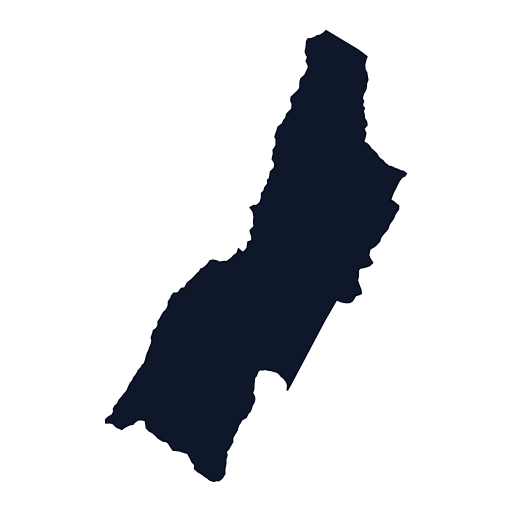 the district of Valparaíso, São Paulo, Brazil
{"feature_id": "56859067B36318680316705", "entity_name": "Valparaíso", "entity_type": "district", "adm_level": 2, "iso_a3": "BRA", "parent_name": "Brazil", "parent_adm1": "São Paulo", "projection": "natural_earth1", "projection_center": [-50.937, -21.188], "detail": "fine", "context": "isolated", "style": "filled", "palette": "ink", "viewbox_px": 512, "rotation_deg": 0, "n_neighbors": 0, "source": "geoboundaries", "source_scale": "gbopen_adm2", "svg_char_len": 4079}
<svg xmlns="http://www.w3.org/2000/svg" viewBox="0 0 512 512"><path d="M219.0,480.6L222.0,478.2L224.8,473.8L224.6,470.1L225.1,467.1L225.8,463.3L225.7,459.3L226.9,455.5L226.2,451.5L228.7,448.9L230.5,445.5L232.6,442.0L232.6,437.8L234.1,435.1L235.4,432.9L237.1,430.3L237.6,427.8L238.5,425.1L240.4,422.5L241.6,420.0L243.6,418.7L246.2,417.4L247.9,413.7L250.5,410.7L252.0,405.8L253.8,402.6L254.6,400.0L254.5,397.0L252.4,392.9L253.6,389.6L253.8,385.9L254.1,381.5L254.5,377.7L256.3,375.7L258.0,370.9L260.2,369.6L262.8,369.8L265.7,369.3L268.2,370.1L271.4,370.5L274.5,371.5L276.7,371.9L279.0,373.5L281.1,376.1L283.8,378.2L286.8,382.1L287.7,385.6L287.2,390.5L290.2,385.3L324.4,320.8L336.6,299.7L341.3,301.7L344.6,302.4L347.3,302.6L349.6,302.4L352.0,301.2L353.9,298.5L355.6,295.5L358.1,294.9L361.3,293.6L360.7,289.4L359.6,286.8L358.5,283.9L357.3,280.4L358.1,277.4L358.3,274.1L358.3,270.0L360.3,268.0L363.7,267.4L366.4,266.7L369.3,265.7L372.6,262.8L369.8,258.3L368.6,255.3L369.1,252.5L369.9,249.1L373.9,246.7L375.9,245.2L377.8,243.1L379.5,241.4L380.8,237.0L383.4,233.8L387.7,228.9L389.2,224.4L390.6,222.3L392.5,219.7L393.9,217.3L394.8,214.6L396.5,211.9L398.4,209.4L398.6,205.8L395.3,203.3L393.2,201.4L390.5,200.2L392.1,195.2L393.5,192.0L399.1,181.0L401.9,177.3L404.9,175.8L406.3,173.6L403.7,171.5L400.4,170.8L398.3,169.7L395.1,168.6L391.7,166.8L388.8,166.4L386.6,164.5L384.7,163.1L382.8,160.6L380.6,159.3L378.3,157.0L376.5,153.7L373.9,151.2L371.1,148.9L368.9,145.6L366.5,143.4L363.7,142.3L364.1,139.6L365.0,137.2L365.8,133.4L363.9,128.9L365.4,126.9L367.0,125.0L366.4,121.4L364.4,118.6L364.0,114.3L363.2,111.1L364.4,108.1L362.6,106.4L362.6,103.6L363.6,101.3L362.0,98.1L363.7,93.0L365.6,89.8L366.3,86.4L366.4,83.3L367.8,79.9L367.1,75.8L366.6,72.6L365.1,70.1L364.5,65.2L365.6,60.2L366.9,56.6L358.2,50.1L326.0,30.7L323.7,33.1L320.1,35.3L317.0,35.9L314.3,37.6L311.1,38.8L308.0,38.9L306.6,41.5L306.5,44.7L305.9,48.8L305.3,51.6L306.1,54.3L307.8,57.1L306.2,60.9L307.7,64.1L308.7,66.7L307.5,69.7L304.9,75.2L301.0,78.7L300.1,82.0L299.9,88.4L297.4,91.4L294.8,93.8L291.2,97.2L290.9,100.8L292.3,103.9L291.9,109.0L286.9,113.9L285.8,118.0L283.8,120.5L282.5,123.7L278.1,127.1L277.0,131.0L275.7,134.5L275.0,137.0L276.2,139.2L276.2,145.4L273.1,150.3L273.6,153.4L272.8,156.6L272.3,159.2L274.0,161.7L275.0,164.4L274.2,168.2L270.5,171.7L270.0,175.5L269.4,178.7L267.6,180.1L267.9,183.6L264.9,187.6L264.0,191.0L261.6,193.3L261.6,197.9L260.0,202.7L256.6,205.5L253.5,205.6L250.2,207.5L253.1,211.4L254.1,216.6L253.6,222.3L254.2,226.4L250.2,230.5L250.7,233.0L251.7,235.6L252.1,238.2L251.7,240.8L248.0,242.0L247.2,248.0L245.1,250.8L242.6,252.5L238.5,248.9L237.1,253.4L234.1,255.4L231.3,258.4L226.8,261.6L223.4,261.6L219.7,262.3L216.1,260.8L212.5,260.2L209.9,261.0L208.2,263.7L205.7,266.3L203.2,268.3L200.8,269.2L199.4,271.8L197.3,273.6L195.6,275.5L194.0,277.2L192.1,279.1L190.3,280.7L187.7,282.5L186.1,285.3L184.7,288.1L181.5,288.4L180.0,290.2L178.5,292.6L176.1,293.2L173.7,293.3L172.0,295.3L170.9,298.2L168.5,301.6L168.4,305.4L167.4,307.9L166.0,310.2L163.9,312.2L161.8,315.5L160.2,318.8L158.1,321.6L158.1,325.5L156.4,328.6L153.6,330.4L152.4,334.6L151.3,337.6L152.0,340.3L151.6,343.1L150.8,345.4L149.7,347.8L148.9,350.5L147.4,353.4L146.5,356.4L145.7,359.8L144.4,363.6L142.3,365.4L141.0,367.9L138.5,370.4L136.6,374.2L133.9,377.6L132.5,380.8L130.3,383.5L128.5,387.3L127.5,390.0L126.0,392.1L123.6,394.9L122.0,397.1L119.4,399.9L117.3,404.1L115.2,405.8L113.5,408.7L113.8,411.6L112.3,414.8L108.5,417.0L105.7,419.5L105.8,422.9L109.4,422.8L112.8,423.3L114.6,425.3L117.1,427.4L119.6,428.3L121.8,429.4L123.6,427.9L127.9,425.5L130.0,424.6L132.8,424.3L135.0,421.9L137.8,419.9L141.3,419.7L145.3,420.5L145.9,424.3L146.4,427.9L149.3,431.0L152.5,432.6L155.9,435.5L158.0,437.9L161.1,439.9L163.6,441.2L166.1,441.4L168.4,443.0L170.1,445.8L171.7,448.3L173.2,450.2L175.6,450.3L179.5,450.8L184.8,452.5L187.9,453.4L189.4,456.6L190.8,459.1L192.0,461.8L195.0,465.0L194.5,468.7L197.9,471.7L200.6,473.2L203.1,474.9L205.3,476.7L207.4,477.9L209.9,480.0L213.7,481.3L216.6,480.5L219.0,480.6Z" fill="#0f172a" stroke="#020617" stroke-width="1.5"/></svg>